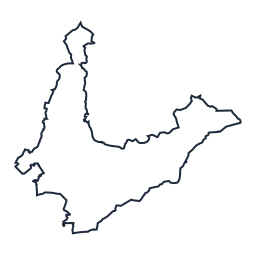 Dezna, Arad, Romania (Equal Earth projection)
{"feature_id": "2599482B61534959495049", "entity_name": "Dezna", "entity_type": "district", "adm_level": 2, "iso_a3": "ROU", "parent_name": "Romania", "parent_adm1": "Arad", "projection": "equal_earth", "projection_center": [22.259, 46.427], "detail": "fine", "context": "isolated", "style": "outline", "palette": "slate", "viewbox_px": 256, "rotation_deg": 0, "n_neighbors": 0, "source": "geoboundaries", "source_scale": "gbopen_adm2", "svg_char_len": 5675}
<svg xmlns="http://www.w3.org/2000/svg" viewBox="0 0 256 256"><path d="M220.0,131.7L226.1,126.7L236.5,123.8L240.3,122.9L240.6,121.8L240.6,121.1L240.0,119.9L239.6,119.4L238.5,118.9L237.7,118.4L236.3,116.4L235.2,115.2L234.6,114.8L233.6,113.7L232.3,112.0L231.5,110.5L216.4,110.8L216.5,109.6L216.5,109.2L215.8,108.3L214.3,107.6L213.4,106.8L212.7,106.5L212.3,106.2L212.0,106.2L211.3,106.6L210.8,106.7L210.4,106.6L209.4,106.2L208.2,105.9L207.3,105.1L206.9,104.5L205.9,103.5L202.8,99.7L199.4,98.3L200.4,95.9L200.4,95.6L196.8,97.6L195.2,97.4L191.7,95.7L190.9,98.0L191.8,101.0L189.7,104.0L185.9,107.9L180.3,110.0L176.6,109.5L174.5,111.8L173.5,114.0L176.0,118.3L177.0,122.4L178.7,127.4L172.9,129.3L170.5,131.8L168.9,133.1L167.0,133.4L165.9,132.8L164.0,132.3L160.2,132.8L159.2,134.0L157.9,136.7L157.1,137.1L153.4,135.2L152.0,134.8L150.5,135.4L147.9,136.1L148.4,136.6L149.2,137.9L149.2,138.8L148.4,140.2L147.1,141.7L144.4,142.9L140.4,143.0L139.4,142.8L138.3,142.2L136.4,139.9L136.2,139.5L135.6,139.2L132.6,141.2L129.1,139.8L128.3,139.7L127.1,140.3L126.6,142.2L125.2,143.8L123.9,148.3L123.2,148.4L122.1,148.8L121.2,148.3L120.3,147.5L118.9,146.8L113.7,146.2L109.3,145.5L104.7,144.2L104.2,143.3L103.7,142.7L103.2,142.6L101.8,142.6L101.8,142.0L101.6,142.0L98.6,142.0L94.6,140.3L92.7,137.2L92.0,133.2L91.8,131.5L90.3,127.6L89.6,127.0L88.7,124.0L88.6,121.8L87.7,122.7L85.4,120.7L84.6,121.3L83.9,120.6L83.8,119.8L85.4,118.7L85.5,117.7L86.0,117.0L85.2,117.0L84.8,116.8L84.9,115.2L85.2,114.6L85.7,114.0L86.8,114.0L88.9,114.6L87.2,113.3L86.7,109.6L85.6,108.1L85.7,107.6L85.5,106.5L85.6,105.6L85.8,104.7L85.9,103.3L85.2,102.3L85.1,101.7L85.7,100.9L86.1,99.8L86.0,98.1L86.3,97.1L86.2,93.5L85.9,92.5L85.4,91.3L83.6,90.1L84.7,85.0L85.2,83.2L84.6,77.9L86.3,76.3L86.9,73.8L86.6,71.6L85.7,71.3L83.4,68.4L82.2,68.2L81.8,66.6L80.1,64.7L81.1,64.7L81.7,63.1L84.0,62.7L84.6,63.2L85.8,63.0L86.7,62.1L86.4,58.3L86.9,56.5L85.3,54.9L84.4,50.2L85.1,47.7L84.2,47.2L83.6,46.1L88.1,43.3L90.7,43.7L91.6,43.4L94.2,43.2L94.2,42.8L91.5,41.3L91.9,36.6L93.3,34.6L90.6,31.5L87.1,29.4L82.1,26.6L80.6,22.7L77.9,27.3L75.6,29.5L72.8,30.2L65.6,36.1L66.2,38.6L63.9,41.2L66.7,45.2L67.4,47.7L69.7,53.4L70.2,53.5L70.8,54.0L71.2,54.9L70.9,57.6L71.4,59.3L72.1,60.4L72.3,61.5L73.0,63.4L68.9,63.4L66.6,63.7L64.7,64.2L61.8,65.4L60.5,66.4L59.7,67.5L57.7,69.0L57.1,69.7L56.8,70.6L56.7,71.4L56.9,71.9L57.5,72.6L58.3,73.2L59.1,73.9L59.6,74.6L59.7,75.4L59.5,78.3L58.8,79.5L57.2,81.3L56.8,82.3L56.9,83.4L56.6,85.5L56.2,86.3L55.8,87.5L55.3,88.2L55.1,88.9L54.3,89.4L53.8,89.3L53.3,89.8L52.8,89.8L52.1,90.0L53.4,90.7L52.5,93.5L50.8,96.9L50.4,98.6L49.8,99.7L48.6,103.0L45.4,102.7L44.7,105.7L44.5,108.3L46.7,108.6L46.4,110.8L45.6,112.2L45.6,114.0L46.0,115.1L46.3,116.8L46.2,118.0L46.8,118.8L44.5,118.7L44.5,119.9L43.4,120.5L43.4,120.9L43.2,121.4L42.8,121.8L43.0,122.4L43.3,123.0L43.9,123.0L44.4,126.9L44.6,127.2L44.4,128.1L43.6,128.8L43.3,129.2L43.7,129.8L42.5,131.0L41.9,132.2L41.5,133.2L41.2,134.4L41.6,135.0L41.7,135.6L41.2,137.6L40.6,138.7L39.7,140.8L39.7,141.7L38.9,143.0L38.4,144.4L38.0,146.1L36.8,147.3L34.1,148.7L33.4,149.7L33.1,149.9L32.6,151.0L32.3,151.3L32.3,151.6L30.6,152.1L30.0,152.8L29.7,152.8L29.2,152.3L29.0,151.8L28.6,151.7L28.5,151.3L28.8,150.4L24.8,149.5L24.5,151.0L23.5,152.2L23.0,153.9L22.2,155.1L19.8,157.1L18.1,157.7L17.7,158.8L16.3,161.1L15.7,162.7L16.5,162.5L18.3,163.9L17.0,165.3L15.4,166.2L15.5,166.8L22.5,173.8L23.1,173.6L24.3,173.6L25.2,173.0L26.4,171.9L30.3,168.8L31.1,167.7L31.1,167.4L31.0,166.7L30.9,166.2L30.4,165.6L31.4,164.7L31.9,164.7L33.2,165.4L34.2,165.6L34.5,164.7L34.3,164.5L34.0,163.8L34.1,163.6L35.0,163.4L35.6,163.6L37.7,163.4L38.9,165.1L38.6,165.3L43.7,173.1L40.0,175.0L40.8,175.8L40.3,176.2L39.2,176.2L38.6,176.6L38.6,177.7L38.8,178.1L38.6,178.8L37.8,179.6L37.9,180.3L37.6,180.7L36.8,181.2L36.4,181.1L35.6,180.5L35.5,180.0L35.1,180.0L34.7,180.4L34.4,180.4L34.1,180.9L33.3,180.9L33.2,181.3L34.5,181.9L35.5,182.0L35.9,182.4L36.0,183.0L36.1,183.9L36.7,184.5L36.3,185.2L36.7,187.5L36.7,190.1L37.0,191.1L36.9,195.2L40.3,194.2L41.7,194.1L43.1,193.6L44.1,192.8L45.8,192.4L51.3,192.7L53.8,193.1L58.2,193.9L60.2,193.9L66.5,200.3L66.3,201.5L65.9,202.7L65.2,205.2L63.6,208.9L64.0,210.0L64.5,210.1L65.5,211.0L66.0,211.0L66.3,211.3L66.6,211.4L67.1,211.9L67.9,212.3L68.2,212.9L69.8,214.0L69.8,214.7L69.3,214.9L66.3,214.8L66.3,216.0L66.5,216.6L67.5,217.6L67.0,218.8L66.4,219.7L63.3,221.7L63.5,221.9L63.5,223.4L62.9,224.1L63.5,225.9L64.0,225.8L64.5,225.5L64.1,223.9L64.2,223.3L64.4,223.1L65.4,223.0L68.3,223.2L70.9,222.9L71.7,223.0L73.5,223.0L73.5,223.5L73.2,224.3L72.8,224.6L73.3,225.6L73.3,226.5L72.6,228.9L72.5,230.0L72.9,233.3L79.1,232.3L88.3,231.6L88.9,231.0L89.4,230.9L89.9,230.4L93.1,229.4L94.0,229.4L94.0,229.7L96.6,229.6L97.3,226.4L97.7,223.2L100.0,221.6L101.3,221.0L102.5,219.2L102.8,218.9L104.3,218.4L104.4,218.2L107.4,216.4L111.9,212.2L113.2,211.1L114.8,211.0L115.7,210.0L115.3,208.6L115.9,206.7L116.5,205.5L117.3,205.4L120.9,205.8L131.2,199.7L133.2,200.3L134.3,200.3L135.9,200.7L137.7,200.7L138.8,201.1L140.1,200.6L142.0,198.1L143.1,196.1L144.1,195.2L144.6,194.0L145.1,193.3L147.1,192.4L148.1,191.5L149.2,190.2L149.5,188.4L153.2,187.4L155.9,187.0L158.5,186.3L160.0,184.5L161.9,184.1L163.5,182.2L164.7,181.6L167.1,181.3L168.8,180.9L169.6,181.6L170.3,182.5L171.7,182.8L173.4,183.1L175.8,182.9L177.2,182.6L178.3,181.6L179.5,178.8L180.0,175.6L180.4,168.3L183.0,166.2L184.7,162.5L186.3,162.2L186.3,161.8L185.3,161.7L188.5,155.5L188.5,153.2L192.5,149.6L194.9,146.9L196.4,145.4L200.2,143.2L201.5,142.9L202.4,142.2L203.0,140.4L204.6,138.9L205.7,138.3L205.5,136.6L205.7,136.1L207.8,135.3L208.4,134.6L208.7,132.7L210.4,132.4L217.6,132.0L217.8,131.5L220.0,131.7Z" fill="none" stroke="#1e293b" stroke-width="2"/></svg>